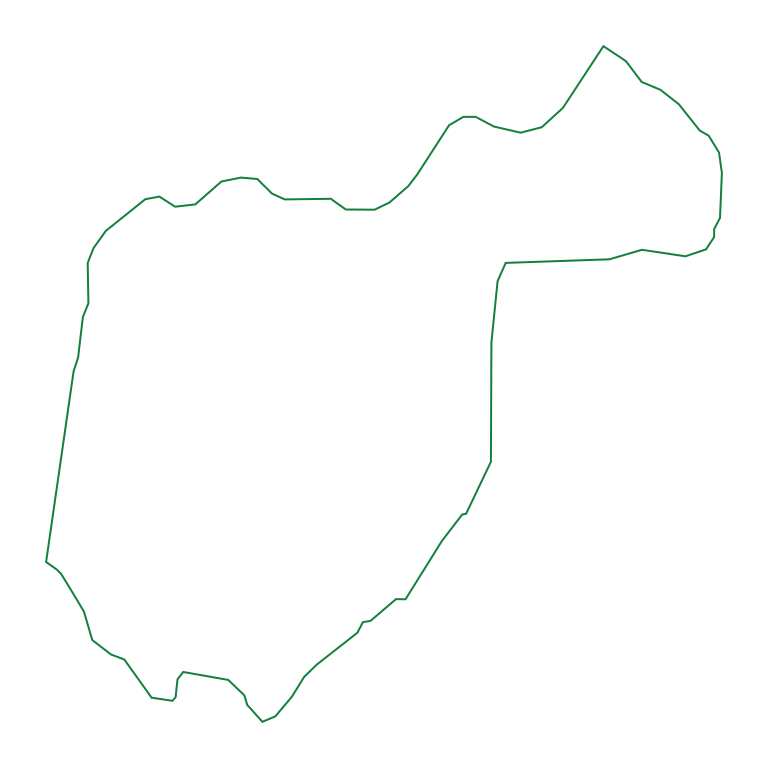 Huitán, Quezaltenango, Guatemala
{"feature_id": "79465075B44657953271022", "entity_name": "Huitán", "entity_type": "district", "adm_level": 2, "iso_a3": "GTM", "parent_name": "Guatemala", "parent_adm1": "Quezaltenango", "projection": "equal_earth", "projection_center": [-91.624, 15.046], "detail": "fine", "context": "isolated", "style": "outline", "palette": "green", "viewbox_px": 768, "rotation_deg": 0, "n_neighbors": 0, "source": "geoboundaries", "source_scale": "gbopen_adm2", "svg_char_len": 1058}
<svg xmlns="http://www.w3.org/2000/svg" viewBox="0 0 768 768"><path d="M87.7,263.0L88.4,303.3L82.9,316.9L78.1,357.5L73.6,371.3L46.1,562.0L56.7,569.5L61.0,573.7L67.5,584.2L83.9,611.5L92.3,640.1L111.0,654.5L124.3,659.5L151.6,697.7L172.5,700.8L175.6,697.2L177.5,679.3L183.2,672.0L228.2,679.9L244.4,695.4L247.2,704.9L262.4,721.8L275.3,716.4L291.9,696.7L304.2,676.8L316.9,664.5L357.4,632.7L362.9,622.2L370.6,620.8L396.0,599.1L405.5,599.3L441.8,541.1L462.2,514.5L466.1,513.8L490.9,461.8L491.4,342.6L497.6,281.1L505.7,262.9L609.5,259.3L641.8,249.8L685.4,256.3L706.1,249.3L714.1,237.1L714.2,229.0L720.0,217.9L721.9,172.9L719.0,152.5L708.7,135.7L699.7,130.5L678.9,104.3L660.4,89.8L641.7,82.0L625.9,61.1L603.4,46.2L562.9,107.9L541.8,127.2L520.7,132.7L493.8,126.5L475.7,116.9L463.3,116.9L449.1,125.2L417.1,174.7L408.3,186.1L389.6,202.4L374.7,209.7L345.8,209.5L330.8,198.8L284.7,199.4L272.0,193.6L257.3,179.0L240.9,177.6L221.4,181.5L195.3,204.4L175.1,206.7L159.4,196.6L145.3,199.2L105.8,230.9L93.4,248.3L87.7,263.0Z" fill="none" stroke="#15803d" stroke-width="2"/></svg>